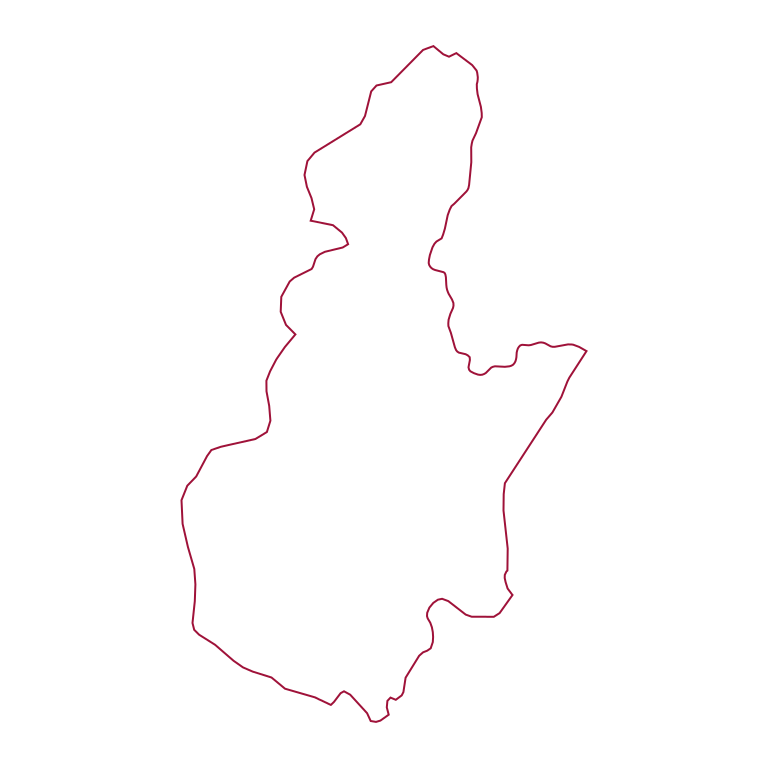 SVG path tracing the border of Brescia
{"feature_id": "ITA-5445", "entity_name": "Brescia", "entity_type": "Province", "adm_level": 1, "iso_a3": "ITA", "parent_name": "Italy", "parent_adm1": "", "projection": "orthographic", "projection_center": [10.383, 45.779], "detail": "fine", "context": "isolated", "style": "outline", "palette": "rose", "viewbox_px": 768, "rotation_deg": 0, "n_neighbors": 0, "source": "natural_earth", "source_scale": "10m", "svg_char_len": 3374}
<svg xmlns="http://www.w3.org/2000/svg" viewBox="0 0 768 768"><path d="M195.2,590.1L195.2,589.7L195.4,584.4L194.3,569.0L187.9,546.9L182.6,523.9L181.5,500.2L187.3,485.7L196.2,476.5L207.1,456.0L211.4,450.0L220.8,446.8L229.1,444.9L255.4,439.0L266.9,432.0L270.4,420.7L269.2,405.9L266.5,391.3L266.4,380.7L270.1,371.3L276.1,359.8L277.4,357.8L284.9,347.0L295.4,334.4L286.0,324.9L280.7,311.8L281.3,296.8L289.7,281.5L294.1,277.7L311.6,269.0L313.0,266.7L315.5,259.1L317.4,256.3L319.8,254.3L324.9,251.8L342.7,247.5L348.1,244.2L345.9,238.1L342.0,232.6L333.0,225.2L310.7,220.7L314.2,209.3L311.5,198.1L306.9,186.8L304.5,175.0L307.4,161.1L314.5,152.6L360.3,124.3L365.0,116.0L371.2,91.4L376.5,85.5L391.2,82.2L423.1,49.9L433.4,46.1L443.3,54.3L449.0,56.7L456.3,53.1L472.2,65.1L476.6,70.6L477.2,72.7L477.8,77.2L477.7,79.6L477.4,81.9L476.8,84.2L476.9,88.4L477.6,94.2L480.9,106.9L481.7,113.0L481.8,117.2L476.0,133.2L472.5,140.6L471.8,143.5L471.2,147.3L471.3,162.2L469.1,184.9L468.4,188.2L467.5,190.0L466.4,191.5L454.3,203.7L451.5,206.1L449.7,209.7L447.7,215.2L444.9,228.6L443.1,234.6L441.6,238.4L436.5,241.5L434.5,243.7L432.5,247.3L429.9,255.0L429.0,259.5L428.7,263.0L429.2,265.0L430.2,266.7L431.5,268.1L433.1,269.2L435.1,270.0L443.6,272.2L444.8,273.2L445.4,274.6L445.9,277.2L446.3,284.9L446.6,287.6L447.1,289.8L447.8,291.8L448.6,293.7L452.0,299.5L453.4,303.0L453.5,305.7L453.0,308.0L450.4,313.8L448.6,319.7L448.3,323.3L448.4,326.1L450.9,332.9L454.9,347.3L456.1,350.1L457.2,351.5L458.8,352.6L465.6,354.2L467.7,355.3L469.7,357.2L469.9,360.0L468.5,367.3L469.1,369.7L470.4,371.3L474.0,373.2L478.0,374.6L480.2,374.9L482.2,374.7L484.1,374.0L485.8,373.0L491.2,367.6L492.9,366.8L495.0,366.3L504.9,366.8L509.5,366.3L511.4,365.7L513.1,364.7L514.4,363.2L515.4,361.4L516.0,359.4L516.4,357.3L516.7,352.5L517.2,350.4L517.9,348.4L519.0,346.7L520.3,345.4L522.1,344.8L528.7,345.3L530.9,345.0L538.9,342.6L541.1,342.4L543.3,342.7L545.3,343.4L550.6,346.3L552.6,346.8L554.8,346.8L568.0,344.4L571.7,344.5L573.2,344.7L579.1,346.9L586.5,351.1L569.3,377.7L567.4,381.5L561.4,396.8L552.4,412.5L546.2,419.7L504.9,483.2L503.7,494.2L503.5,510.5L507.7,548.6L507.4,570.6L506.4,571.5L504.8,574.9L504.7,578.0L505.6,582.1L507.6,588.5L512.3,594.8L512.5,595.0L499.6,613.1L493.8,616.8L471.6,616.7L465.7,614.6L448.3,601.1L442.1,598.8L437.9,599.7L433.3,602.9L429.4,607.6L427.2,612.8L427.0,616.1L427.7,618.4L430.3,622.8L431.9,627.3L432.8,632.1L433.1,637.0L432.8,642.1L430.7,648.3L427.2,650.7L423.1,652.3L419.2,655.7L405.6,677.7L403.4,692.1L401.7,695.4L395.8,699.8L390.5,697.6L387.4,700.9L386.8,707.4L388.7,714.7L380.4,720.6L376.0,721.9L370.7,721.0L367.1,713.2L350.2,694.7L344.0,691.3L340.6,693.2L334.0,701.9L330.9,704.9L330.7,704.9L330.4,704.7L330.2,704.6L329.8,704.4L329.5,704.3L329.2,704.2L328.9,704.0L328.6,703.8L328.2,703.7L327.8,703.5L327.5,703.3L327.1,703.1L326.6,702.9L326.2,702.7L325.8,702.5L325.3,702.3L324.9,702.1L324.4,701.9L323.9,701.6L323.5,701.4L323.0,701.2L322.5,701.0L322.1,700.7L321.6,700.5L321.1,700.3L320.7,700.1L320.2,699.9L319.8,699.7L319.3,699.5L318.9,699.3L318.5,699.1L318.1,698.9L317.8,698.7L317.4,698.5L317.1,698.4L316.8,698.2L316.5,698.1L316.2,698.0L316.0,697.8L315.8,697.7L315.6,697.7L315.4,697.6L315.2,697.5L315.1,697.4L285.0,688.7L271.5,677.5L252.7,671.6L243.0,667.4L233.6,660.8L215.1,644.8L199.1,634.7L194.2,629.8L192.5,623.0L194.8,601.2L195.2,590.1Z" fill="none" stroke="#9f1239" stroke-width="2"/></svg>